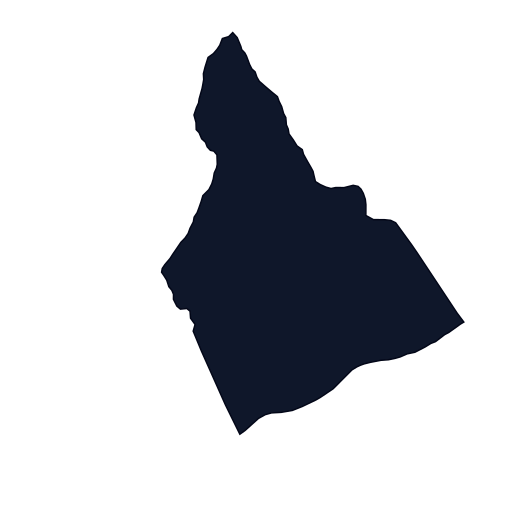 São Jorge do Patrocínio, Paraná, Brazil, rotated 229°
{"feature_id": "56859067B61124887275207", "entity_name": "São Jorge do Patrocínio", "entity_type": "district", "adm_level": 2, "iso_a3": "BRA", "parent_name": "Brazil", "parent_adm1": "Paraná", "projection": "robinson", "projection_center": [-53.907, -23.723], "detail": "fine", "context": "isolated", "style": "filled", "palette": "ink", "viewbox_px": 512, "rotation_deg": 229, "n_neighbors": 0, "source": "geoboundaries", "source_scale": "gbopen_adm2", "svg_char_len": 1873}
<svg xmlns="http://www.w3.org/2000/svg" viewBox="0 0 512 512"><g transform="rotate(229 256 256)"><path d="M439.9,385.0L439.5,379.3L442.2,373.3L438.8,366.9L437.5,362.1L436.7,356.6L437.3,350.1L432.0,341.5L428.1,335.9L423.5,332.3L420.4,328.5L417.8,325.2L411.8,316.1L409.2,313.1L407.0,308.3L403.1,301.7L396.1,298.3L390.6,293.8L386.5,294.0L380.1,291.9L375.0,292.5L370.4,290.8L365.7,290.9L362.8,293.0L358.0,292.9L350.6,286.9L348.3,283.9L346.0,278.9L342.1,274.2L339.4,269.9L337.0,264.0L336.4,255.5L333.1,250.4L329.8,244.6L327.3,240.0L325.9,234.8L322.8,231.0L320.2,224.4L317.5,219.6L316.1,214.2L315.6,208.3L313.5,200.4L311.9,194.2L310.5,189.5L309.9,185.5L309.3,181.6L308.1,177.1L305.7,174.1L302.0,173.7L296.3,172.8L290.0,170.1L285.3,170.0L281.2,168.6L277.5,165.3L270.1,163.4L265.5,164.1L261.7,169.4L257.6,170.0L252.0,165.8L244.3,165.1L240.5,159.3L234.8,157.4L220.2,152.5L163.8,135.3L142.3,129.6L132.1,126.9L131.5,133.3L131.8,151.3L130.2,158.9L127.4,164.8L121.5,172.4L115.6,182.1L112.1,192.1L108.0,207.0L107.1,211.7L105.2,227.1L107.1,253.6L106.2,259.2L105.1,263.0L103.7,266.7L100.7,272.6L95.3,281.9L90.8,287.9L87.6,293.6L85.2,298.7L83.0,305.8L79.1,312.8L76.4,323.9L75.3,330.6L73.6,335.3L72.9,346.7L71.8,351.5L70.5,365.5L69.8,369.5L80.8,370.3L152.5,379.7L162.0,380.8L189.5,383.2L194.6,381.0L199.3,376.6L206.4,368.5L214.5,365.5L222.6,372.6L227.1,375.7L232.9,378.1L237.6,379.1L241.6,378.7L245.6,375.7L249.8,367.4L255.4,361.0L257.7,356.9L262.2,353.9L267.9,351.3L273.2,349.7L279.0,352.7L282.5,354.6L286.9,355.6L293.7,356.9L301.6,358.6L305.9,360.7L312.2,359.2L319.1,360.3L326.5,361.0L330.7,363.6L335.1,365.0L340.9,369.3L345.4,370.3L351.9,373.4L357.6,374.9L362.2,376.7L369.2,375.5L377.8,374.2L385.7,373.1L390.4,374.0L395.5,376.1L399.9,375.6L404.7,376.8L413.2,380.0L416.7,380.8L421.1,380.6L424.2,382.1L433.2,385.1L439.9,385.0Z" fill="#0f172a" stroke="#020617" stroke-width="1.5"/></g></svg>